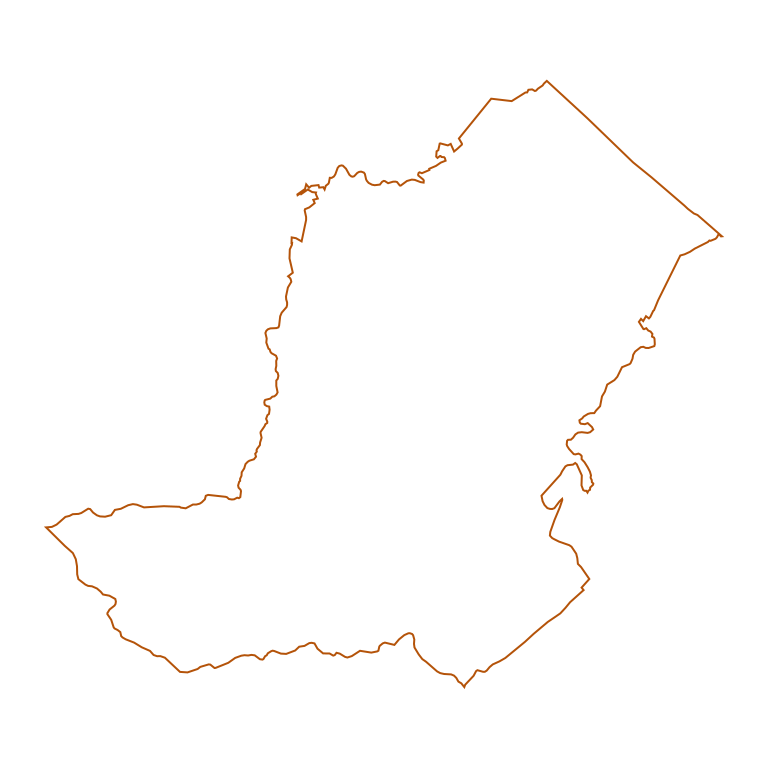 Hai Lang, Quảng Trị, Vietnam (Natural Earth projection)
{"feature_id": "81297802B74996211829814", "entity_name": "Hai Lang", "entity_type": "district", "adm_level": 2, "iso_a3": "VNM", "parent_name": "Vietnam", "parent_adm1": "Quảng Trị", "projection": "natural_earth1", "projection_center": [107.247, 16.684], "detail": "fine", "context": "isolated", "style": "outline", "palette": "amber", "viewbox_px": 768, "rotation_deg": 0, "n_neighbors": 0, "source": "geoboundaries", "source_scale": "gbopen_adm2", "svg_char_len": 6094}
<svg xmlns="http://www.w3.org/2000/svg" viewBox="0 0 768 768"><path d="M180.0,671.9L187.5,672.4L197.6,669.0L200.3,666.9L208.7,664.4L210.3,664.6L214.5,668.0L215.6,667.9L228.3,662.8L235.2,657.9L241.3,655.7L244.5,655.2L248.1,655.5L251.4,654.9L254.7,655.3L259.9,659.2L262.5,659.6L263.4,659.1L265.1,656.2L266.7,655.3L267.8,653.3L271.2,651.2L272.6,650.7L274.2,651.0L280.9,653.6L286.2,653.9L295.2,650.5L299.2,646.7L304.5,645.9L309.3,643.1L311.6,642.8L314.5,643.4L317.5,648.7L323.1,653.4L329.6,653.5L333.2,655.6L334.7,655.1L336.5,652.8L339.7,653.6L345.1,656.9L347.4,657.5L351.8,656.1L360.0,650.8L371.3,652.6L377.3,651.4L378.4,650.7L379.3,646.6L379.8,645.8L382.7,643.4L384.9,642.6L394.4,644.9L399.0,639.4L404.3,635.1L408.3,633.3L409.8,633.2L412.1,634.0L413.1,635.2L414.3,639.5L414.0,643.9L414.5,647.5L418.7,654.4L422.3,659.1L426.0,661.7L437.1,671.4L440.2,673.1L444.1,674.0L451.1,674.4L454.0,675.6L456.3,677.9L458.4,681.6L461.3,683.3L464.3,687.1L465.2,684.7L473.6,675.8L476.1,671.1L477.4,670.2L483.1,671.8L484.8,671.8L486.7,670.6L489.6,667.1L492.8,664.4L499.4,661.4L505.3,658.0L524.9,641.9L533.7,633.8L547.7,622.0L560.3,613.4L565.5,607.8L570.1,602.2L583.6,590.1L581.6,587.6L589.3,579.0L581.1,567.1L577.9,563.9L577.3,558.1L576.2,553.7L571.5,546.7L569.3,545.2L559.0,541.6L554.2,539.2L552.2,538.1L549.9,535.6L550.3,531.9L554.5,520.0L559.9,507.1L562.3,499.9L562.1,498.9L559.5,501.4L554.4,508.2L552.2,509.0L549.9,508.9L547.4,508.1L544.5,505.0L542.6,501.2L541.5,495.7L560.4,474.7L562.1,471.3L565.4,466.4L567.5,465.2L573.0,464.6L575.2,463.0L576.8,464.3L581.8,475.4L581.5,485.4L583.2,490.0L584.6,490.8L586.3,490.8L587.5,492.6L588.5,490.6L590.0,489.8L590.2,487.5L593.1,484.7L593.3,483.5L591.9,482.2L591.7,479.9L590.8,478.3L590.6,477.3L591.0,475.4L589.9,471.6L587.7,467.3L584.5,462.2L581.6,459.1L581.7,456.1L580.5,454.7L578.5,453.6L575.4,454.4L573.7,454.1L569.0,448.9L567.2,446.1L566.7,444.5L567.1,440.8L568.0,439.8L570.9,439.7L573.1,437.7L575.4,434.4L578.1,432.6L581.8,432.2L587.6,432.9L590.1,432.2L593.2,429.5L592.0,427.1L587.7,423.1L584.9,424.2L580.8,423.7L579.8,422.6L579.4,420.3L582.2,418.4L583.7,416.5L588.0,413.9L590.5,413.2L594.3,413.1L596.0,410.6L600.1,406.2L602.0,396.4L604.9,391.6L607.2,384.6L614.4,380.1L617.3,376.8L622.0,367.2L629.6,364.1L630.6,363.1L632.5,358.7L633.2,354.8L635.1,351.6L640.7,347.2L643.3,346.8L645.7,347.9L648.6,348.0L654.3,346.1L654.8,344.3L654.5,338.8L654.0,337.6L652.0,336.6L652.4,333.9L650.6,331.6L648.2,330.5L646.3,328.2L644.0,329.2L643.4,329.0L638.9,321.9L641.0,318.9L643.2,321.1L646.0,316.2L648.9,318.4L650.3,316.9L653.2,310.9L654.0,310.3L658.1,300.3L680.3,255.5L684.6,254.3L690.0,251.8L694.8,248.6L707.9,242.0L709.4,240.5L710.6,240.8L715.5,238.8L716.9,237.4L718.5,234.4L719.8,235.0L721.0,236.4L721.9,236.3L697.5,215.0L693.9,213.5L687.8,208.8L684.3,205.5L651.6,177.4L633.1,162.4L587.0,117.9L546.8,80.9L544.0,83.5L542.6,85.5L537.9,88.7L536.1,90.6L534.9,91.0L532.2,89.4L528.4,89.8L527.2,92.4L525.4,92.5L511.7,101.1L491.2,98.7L458.9,138.5L461.9,143.6L461.9,144.6L457.6,148.6L454.1,151.5L450.7,143.9L447.9,145.4L440.3,143.4L439.7,143.6L438.3,150.2L436.6,151.3L436.2,156.6L437.5,157.9L440.0,156.0L440.6,156.0L441.5,157.0L444.1,157.2L444.9,158.1L445.6,160.7L440.8,162.6L436.0,165.9L429.2,168.8L429.4,170.0L421.9,173.2L419.6,172.3L418.7,172.8L418.1,174.6L418.3,175.5L423.3,179.6L423.8,180.6L423.6,182.6L420.5,182.1L414.8,179.9L411.8,179.6L406.9,181.0L400.7,185.6L399.8,185.5L397.0,182.0L395.4,181.6L393.0,181.7L388.1,183.2L384.9,181.1L383.7,180.9L382.1,181.8L379.9,184.6L374.7,185.2L372.0,184.7L368.6,182.9L366.9,180.9L366.1,179.4L364.9,174.0L363.9,172.6L361.1,171.6L359.1,171.9L357.3,172.9L354.2,176.2L352.7,176.7L351.3,176.4L349.4,174.8L346.0,168.7L342.9,165.7L341.5,165.4L339.3,166.0L337.7,167.8L335.3,174.4L333.9,176.5L331.6,177.9L329.8,177.8L328.9,182.6L328.4,183.7L325.8,185.8L324.6,189.5L323.3,187.2L319.2,187.6L318.5,185.1L311.3,185.9L309.1,187.7L306.2,184.3L305.0,189.0L297.4,194.4L297.6,195.2L300.5,193.3L301.1,194.2L307.8,189.5L312.2,192.1L316.0,192.5L315.7,193.3L316.0,194.5L317.8,198.6L313.3,199.8L314.7,203.1L309.3,207.4L305.0,209.2L304.7,210.5L306.1,217.0L306.1,220.0L301.6,241.4L296.0,238.2L291.7,237.4L291.5,243.1L292.1,243.0L291.9,244.9L289.8,249.4L289.5,258.4L292.8,272.7L288.1,276.3L289.8,277.8L290.7,279.2L291.3,281.8L287.9,287.5L286.0,296.5L286.2,299.4L287.1,302.4L287.1,304.9L286.6,307.0L281.7,312.7L280.2,316.2L279.1,325.7L278.4,327.4L276.4,328.1L270.3,328.4L267.9,329.3L266.3,330.8L265.4,333.0L266.7,338.5L266.3,342.6L268.5,348.7L269.7,349.4L270.4,351.8L271.5,353.2L276.0,355.7L277.1,358.5L276.2,360.9L276.3,365.9L275.6,369.2L275.9,371.1L277.7,372.9L278.4,375.8L277.7,378.9L276.3,380.5L276.3,386.0L277.6,392.4L276.4,394.6L274.4,396.3L272.3,396.7L270.3,398.6L265.2,399.9L264.7,400.5L264.3,402.4L264.7,404.7L266.8,406.1L269.2,406.6L269.6,409.7L269.0,413.9L267.4,415.2L266.1,418.8L267.3,421.7L267.2,423.0L265.4,424.2L264.6,426.1L260.7,431.8L260.5,432.9L261.6,437.8L260.1,442.5L259.9,445.1L257.1,448.8L256.5,450.2L256.8,451.6L255.2,453.8L256.0,456.7L253.9,459.3L249.4,460.7L247.7,461.8L245.5,464.1L244.2,468.4L241.7,472.3L241.5,475.8L240.1,478.8L240.1,480.9L239.2,481.7L238.1,485.5L238.6,487.7L240.5,489.7L241.0,491.1L240.3,497.1L238.9,498.2L237.2,497.7L234.1,499.3L231.9,499.5L228.9,499.0L226.9,497.2L225.5,496.8L208.1,494.9L205.8,495.8L204.9,499.3L201.7,502.4L199.6,503.7L196.4,504.5L193.0,504.5L185.7,508.3L180.8,507.6L179.5,506.8L163.9,506.2L144.0,507.4L136.9,504.7L132.9,504.1L128.2,505.2L120.8,508.8L114.9,509.9L111.2,515.2L105.1,516.7L100.0,516.4L96.9,515.3L93.0,512.5L90.2,509.1L88.2,508.7L81.3,513.0L78.5,513.9L72.7,514.2L69.5,515.9L65.4,516.9L56.6,524.6L51.9,526.9L46.1,527.4L64.8,545.9L72.9,553.1L75.8,559.2L77.0,566.2L77.2,574.4L78.4,579.2L85.4,584.6L88.1,585.9L92.0,586.3L97.0,588.5L100.7,591.7L103.0,594.5L109.4,595.7L115.3,599.0L115.9,601.6L115.5,604.0L114.5,605.6L109.6,609.5L107.4,613.1L107.4,614.2L111.2,619.8L113.7,627.4L114.6,628.5L117.6,630.0L120.3,632.1L121.2,636.1L122.6,637.5L125.7,639.3L134.1,642.6L141.8,647.3L150.0,650.9L153.6,655.0L157.1,656.2L160.3,656.1L164.9,657.7L180.0,671.9Z" fill="none" stroke="#b45309" stroke-width="2"/></svg>